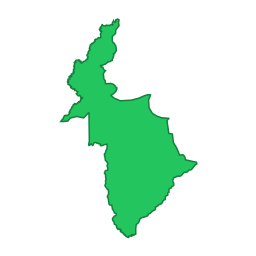 outline of Isidoro Noblía, Cerro Largo, Uruguay, rotated 267°
{"feature_id": "84410073B42305174604514", "entity_name": "Isidoro Noblía", "entity_type": "district", "adm_level": 2, "iso_a3": "URY", "parent_name": "Uruguay", "parent_adm1": "Cerro Largo", "projection": "albers", "projection_center": [-54.072, -32.059], "detail": "fine", "context": "isolated", "style": "filled", "palette": "green", "viewbox_px": 256, "rotation_deg": 267, "n_neighbors": 0, "source": "geoboundaries", "source_scale": "gbopen_adm2", "svg_char_len": 5801}
<svg xmlns="http://www.w3.org/2000/svg" viewBox="0 0 256 256"><g transform="rotate(267 128 128)"><path d="M236.4,124.7L236.7,124.1L237.3,123.6L237.0,122.3L236.6,121.5L236.1,121.3L234.6,121.3L234.3,120.9L234.3,120.4L235.1,119.4L235.9,119.2L233.3,117.7L232.2,117.6L232.1,118.1L231.5,117.8L231.5,117.4L232.0,116.6L231.8,115.5L231.2,114.9L231.5,114.3L231.5,113.2L231.9,112.0L231.8,111.6L231.6,111.4L231.3,111.4L231.1,110.9L231.3,109.3L231.8,108.4L232.6,107.6L232.4,107.4L231.5,107.0L231.3,107.1L230.8,106.5L230.4,106.5L230.2,106.0L229.2,106.2L229.3,105.4L228.9,105.4L228.8,105.8L228.3,105.8L227.9,105.3L228.2,104.8L228.1,104.6L227.4,104.8L226.8,105.5L226.1,105.5L226.0,106.1L226.3,106.4L225.7,106.8L223.5,105.4L219.9,105.6L219.6,105.4L219.4,104.6L219.8,103.3L219.1,102.2L218.6,102.2L218.3,101.8L218.1,100.6L218.3,100.4L217.7,99.9L217.8,99.5L217.4,99.3L216.5,99.7L215.6,98.6L215.3,98.6L215.3,98.4L215.0,98.4L214.7,97.9L214.7,97.4L214.1,96.9L214.4,96.7L214.2,96.1L213.8,95.9L213.3,94.9L212.3,95.0L212.0,94.4L210.4,93.9L209.5,94.1L209.4,93.6L208.9,93.6L208.1,94.1L207.6,94.0L207.3,93.7L207.5,93.4L207.4,93.2L206.3,92.4L205.7,92.1L204.6,92.4L204.0,91.5L202.8,90.8L202.2,90.9L201.8,91.6L201.1,91.6L201.0,91.8L199.9,91.1L198.9,91.2L198.6,90.0L198.0,89.5L197.3,89.3L196.7,86.9L195.4,85.6L195.4,84.6L195.8,84.0L196.2,84.0L196.5,84.6L197.0,84.6L197.1,84.2L196.9,83.9L197.2,83.8L197.1,83.4L197.9,83.3L198.0,82.7L197.7,82.5L197.8,82.2L198.1,82.2L198.5,82.6L198.6,82.4L198.3,79.7L197.8,79.2L196.5,79.5L196.3,79.0L197.0,78.7L196.2,77.8L195.8,78.3L194.3,77.7L193.7,78.0L192.8,77.2L192.6,77.5L192.2,77.4L191.9,77.7L191.6,77.7L191.5,77.4L191.0,77.6L190.8,77.4L190.2,77.7L189.5,77.1L189.4,76.7L188.8,77.0L187.8,76.4L187.1,76.9L186.6,76.2L186.3,76.8L185.8,76.7L185.0,75.9L185.0,74.4L182.4,74.5L182.1,73.7L183.0,74.1L183.4,73.3L183.0,72.9L181.9,73.2L181.5,72.9L182.5,72.3L182.3,72.0L182.1,71.8L181.7,72.1L180.5,71.9L180.0,72.1L180.0,70.9L179.1,70.4L178.5,70.9L177.4,71.0L177.6,70.1L177.2,69.9L176.9,70.0L176.9,70.3L176.7,70.5L174.8,70.4L174.9,70.8L174.3,71.2L174.4,71.6L174.2,71.9L173.7,72.1L173.4,72.8L172.5,72.7L172.3,73.5L171.8,73.3L171.5,72.9L170.8,73.4L170.6,73.7L170.6,74.2L169.9,74.7L170.2,75.5L169.8,75.8L169.8,76.5L169.3,76.2L169.0,76.7L168.5,76.8L168.4,77.2L168.2,77.1L168.1,78.2L167.0,79.1L166.8,79.7L165.9,79.5L165.2,78.6L165.2,78.2L164.7,78.2L162.7,80.1L162.7,80.7L163.0,81.1L163.0,81.6L162.5,82.0L160.6,82.5L160.4,83.1L160.8,83.3L160.9,84.0L160.1,84.0L159.4,82.3L158.5,82.6L158.2,82.1L157.4,81.5L156.9,81.6L156.5,81.1L156.4,80.8L156.8,80.4L156.8,80.1L156.0,79.7L155.8,78.9L154.6,77.9L155.2,75.9L154.6,75.6L154.3,75.8L154.3,74.9L153.8,74.4L152.2,73.9L152.0,73.1L151.6,73.0L151.3,72.7L150.5,72.7L149.5,71.8L149.4,71.5L148.6,71.3L148.3,70.9L147.9,70.9L146.9,70.1L146.5,70.1L146.6,70.6L146.4,70.8L145.9,70.3L144.6,69.7L143.8,68.3L143.8,67.7L143.5,67.4L143.6,66.9L143.9,66.9L144.0,66.5L143.7,65.4L143.4,65.0L142.6,64.8L142.2,64.3L141.4,64.0L140.6,63.9L140.1,62.9L138.0,61.2L137.8,63.8L138.1,68.3L140.9,70.8L142.2,77.4L140.4,84.3L145.2,89.4L145.0,89.8L117.0,88.7L114.5,88.1L113.2,87.9L112.7,88.0L112.7,88.9L113.7,89.5L114.0,90.4L113.6,90.8L112.5,91.5L112.7,92.2L114.5,93.0L115.2,93.8L115.1,95.4L114.5,96.0L114.5,97.5L113.7,97.9L113.7,99.1L113.2,99.5L112.0,99.5L111.7,100.0L111.9,101.9L112.5,103.1L113.0,106.1L110.2,106.2L108.1,105.7L106.8,104.9L104.0,103.9L103.1,103.0L100.9,103.2L99.8,103.5L96.9,103.7L96.0,104.6L93.6,106.0L91.4,105.1L89.3,105.6L88.1,105.7L86.9,105.3L86.7,103.6L86.2,102.9L85.0,102.6L84.4,102.1L83.6,102.2L83.2,103.1L79.7,103.1L78.1,103.5L76.8,102.8L73.6,102.8L72.1,102.0L71.2,102.1L67.9,104.2L67.4,105.1L63.2,105.2L61.2,103.9L60.1,103.8L59.1,104.5L53.0,105.1L52.0,105.9L51.8,107.8L47.8,108.2L45.6,109.6L43.9,109.9L43.4,111.5L42.3,111.8L41.6,111.7L41.0,110.8L40.7,109.7L39.4,108.5L38.1,107.7L36.7,107.9L34.4,109.2L32.8,109.3L31.6,111.2L29.0,111.5L27.5,112.6L28.1,113.0L27.7,113.7L27.2,113.9L27.4,114.6L27.2,115.3L26.4,115.1L26.0,115.3L26.0,115.8L25.7,115.8L25.4,115.0L24.8,115.2L24.9,115.8L23.9,116.5L23.9,117.4L22.9,117.6L22.4,118.1L22.2,118.7L21.7,118.5L21.2,118.8L21.2,119.8L20.1,120.2L19.1,121.5L18.7,122.8L19.0,123.1L19.4,122.6L19.9,123.0L20.2,124.7L19.7,125.3L19.7,125.9L20.8,125.7L21.4,126.3L20.9,126.7L21.0,127.5L20.6,127.5L20.7,128.3L21.2,128.4L21.2,129.1L21.6,130.2L27.6,130.5L31.2,131.2L32.3,132.9L33.8,134.1L36.6,135.2L37.7,136.9L38.3,140.0L39.1,142.7L39.6,143.3L41.1,143.7L41.4,145.4L44.1,148.7L44.7,150.4L45.6,151.2L47.3,151.1L48.9,154.1L49.9,154.9L50.2,156.7L51.7,158.4L53.3,159.1L54.1,160.0L54.6,161.4L57.4,161.7L58.0,162.1L58.8,164.1L59.5,164.3L60.8,164.2L61.5,164.9L61.6,165.5L64.4,165.7L65.2,166.3L65.7,167.7L66.9,168.6L68.4,170.7L70.6,170.8L72.1,170.0L73.2,169.9L75.2,170.7L76.2,171.6L76.6,173.4L77.3,174.8L77.2,177.3L77.6,178.6L80.6,181.5L81.0,184.9L82.8,186.8L83.1,189.2L87.5,193.0L88.5,194.8L90.2,194.6L93.2,183.8L96.9,183.0L98.4,181.5L98.3,178.0L101.7,177.0L106.2,175.2L111.0,172.6L119.7,172.0L120.4,168.5L133.1,167.3L135.4,169.2L135.6,168.8L136.4,162.3L138.2,157.7L141.2,153.2L147.0,150.1L155.0,150.0L159.0,152.0L159.9,152.2L160.2,149.5L159.5,146.5L157.1,140.0L155.6,132.7L155.6,121.6L158.5,115.8L161.3,112.8L161.8,112.9L162.6,114.7L164.1,116.7L165.4,117.9L167.4,118.8L168.6,119.0L168.8,118.1L170.1,117.9L172.3,115.9L173.4,113.3L173.4,108.5L173.5,107.9L176.3,107.7L178.3,106.5L183.4,106.2L185.3,107.4L186.3,108.5L187.4,107.0L190.1,106.0L190.9,103.8L191.7,103.8L192.0,104.4L192.2,106.4L192.7,107.4L192.9,108.7L195.1,111.6L195.2,113.4L195.8,114.3L196.3,115.9L197.2,115.9L201.0,117.6L201.9,117.6L202.5,117.3L202.8,117.3L203.0,118.4L205.8,120.4L207.8,120.4L211.0,120.0L211.9,119.2L213.3,118.8L214.1,117.5L215.8,116.9L220.0,117.1L220.7,117.6L223.1,120.5L226.2,120.9L227.3,121.5L230.6,124.4L233.7,124.1L236.4,124.7Z" fill="#22c55e" stroke="#15803d" stroke-width="1.5"/></g></svg>